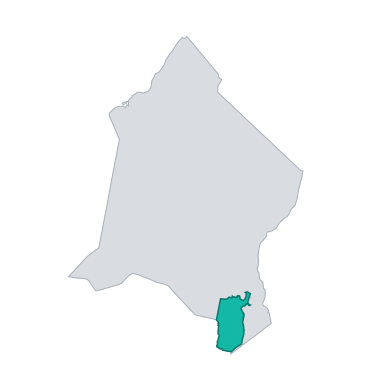 location of Turkana North, Rift Valley, Kenya, rotated 191°
{"feature_id": "3690345B58335120983870", "entity_name": "Turkana North", "entity_type": "district", "adm_level": 2, "iso_a3": "KEN", "parent_name": "Kenya", "parent_adm1": "Rift Valley", "projection": "robinson", "projection_center": [35.285, 4.376], "detail": "fine", "context": "in_parent", "style": "filled", "palette": "teal", "viewbox_px": 384, "rotation_deg": 191, "n_neighbors": 0, "source": "geoboundaries", "source_scale": "gbopen_adm2", "svg_char_len": 7081}
<svg xmlns="http://www.w3.org/2000/svg" viewBox="0 0 384 384"><g transform="rotate(191 192 192)"><path d="M87.1,233.8L87.0,228.7L87.7,215.8L87.6,204.4L88.2,198.7L90.6,195.1L91.8,192.5L92.6,188.9L93.9,185.9L96.8,183.5L97.4,182.1L100.5,178.1L102.3,172.9L103.8,171.1L105.5,169.5L106.8,168.6L108.8,167.7L110.4,167.2L110.7,166.8L110.8,166.0L110.3,162.8L111.0,161.7L112.1,159.6L113.3,157.5L114.4,156.3L115.1,155.0L115.4,152.7L115.4,151.1L115.4,148.4L115.0,142.5L113.7,137.5L112.9,131.9L113.5,130.0L112.5,126.8L112.0,126.6L111.1,125.9L110.0,122.8L109.2,120.0L108.7,119.2L105.2,116.8L103.4,111.0L101.5,109.7L100.4,103.9L100.2,102.2L101.3,96.5L101.2,95.2L100.0,93.9L96.7,92.7L94.0,90.3L94.4,89.5L94.6,88.6L93.2,88.0L89.1,78.2L94.4,72.3L99.7,66.2L106.5,58.7L112.8,51.7L118.2,45.7L123.0,40.3L122.9,41.3L122.9,42.7L123.5,43.5L124.5,44.1L125.9,43.5L127.1,42.6L128.3,42.5L135.6,44.7L136.8,46.6L136.7,48.7L137.0,50.3L136.5,51.8L135.9,56.4L136.0,60.7L138.2,63.8L140.2,66.3L141.7,69.7L142.9,70.8L144.4,71.3L149.4,71.5L156.8,71.7L163.9,71.9L164.6,72.0L166.1,72.5L172.6,77.2L178.6,81.4L183.7,85.2L188.6,88.8L193.4,92.3L197.1,95.2L200.8,96.1L206.7,96.5L210.8,96.7L214.7,97.9L220.3,99.0L224.5,99.6L227.1,100.3L234.2,100.9L235.3,100.6L238.4,97.3L241.9,92.1L243.3,89.2L247.8,86.3L255.7,82.3L261.3,79.4L267.5,76.6L270.4,79.1L274.3,83.0L276.0,85.0L277.4,85.8L279.5,86.4L282.1,86.4L283.5,86.3L286.4,85.8L293.1,85.4L297.0,85.4L293.7,90.7L289.9,96.9L282.7,108.5L277.3,114.6L273.2,119.2L272.8,120.1L272.9,125.2L272.9,137.7L273.0,162.9L273.2,188.0L273.3,213.1L273.3,225.6L273.3,229.8L276.9,235.1L280.4,240.3L285.1,247.1L287.6,250.8L288.0,252.0L287.8,254.4L284.0,259.5L280.8,261.9L276.6,263.0L275.4,262.8L273.7,262.0L273.0,263.3L272.5,265.2L271.6,264.8L270.9,264.2L271.3,267.6L271.8,269.3L271.1,271.5L269.1,273.5L268.9,275.2L264.4,279.6L258.1,280.1L254.8,282.2L253.3,284.0L252.2,287.9L252.6,293.9L250.8,298.5L250.5,300.8L247.2,303.7L245.8,306.5L244.7,309.3L243.8,310.5L242.7,316.7L241.2,320.5L240.8,321.8L240.4,322.9L239.2,325.1L238.4,326.6L237.9,327.6L234.0,337.3L231.0,341.7L228.7,341.2L227.1,342.9L227.0,343.7L226.1,343.3L224.2,341.7L220.1,338.4L216.1,335.1L212.1,331.8L208.0,328.5L204.0,325.2L200.0,321.9L195.9,318.6L191.9,315.3L189.5,313.4L188.5,312.3L187.7,310.0L187.3,309.4L186.2,308.7L184.9,308.5L184.6,308.1L184.6,307.0L185.0,305.4L186.5,302.4L186.7,300.6L186.4,298.6L185.9,295.4L185.5,294.7L182.8,293.0L177.2,289.4L171.6,285.9L166.0,282.3L160.4,278.8L154.8,275.2L149.2,271.7L143.6,268.1L138.0,264.6L132.4,261.0L126.8,257.5L121.2,254.0L115.6,250.4L110.0,246.9L104.4,243.3L98.7,239.8L93.1,236.2L91.0,234.9L89.1,233.8L87.1,233.8ZM273.7,268.2L272.7,268.5L273.2,266.8L276.1,264.6L277.2,265.1L277.5,265.6L277.4,266.0L276.9,266.5L273.7,268.2Z" fill="#d9dde1" stroke="#a8b0b8" stroke-width="1"/><path d="M127.5,98.9L127.3,98.6L127.2,98.5L127.2,98.1L127.3,97.9L127.4,97.7L127.5,97.6L127.9,97.7L128.1,97.6L128.3,97.6L128.5,97.4L128.6,97.2L129.1,96.8L129.5,96.8L129.9,96.7L130.3,96.9L130.3,96.7L130.6,96.7L130.8,96.7L131.0,96.7L131.3,96.8L131.6,96.7L131.8,97.1L132.1,97.1L132.4,97.2L132.5,97.3L132.5,96.8L132.6,96.6L132.6,96.0L133.1,95.7L133.7,95.7L134.2,95.7L134.9,95.9L135.3,95.9L135.7,95.7L136.0,95.5L136.2,95.3L136.4,94.9L136.4,94.7L136.5,94.5L136.6,94.4L136.8,93.9L137.3,93.7L137.6,93.6L137.8,93.3L143.6,92.6L143.6,76.4L143.6,71.2L142.2,69.9L140.8,68.4L141.3,67.9L141.3,67.6L140.8,67.4L140.7,67.3L140.7,67.1L140.9,66.1L141.0,66.0L140.2,65.6L140.2,64.0L140.0,62.7L139.9,60.6L139.7,59.3L139.5,58.3L139.3,57.8L138.9,57.3L138.6,57.1L138.1,57.0L137.9,56.8L138.0,55.3L138.1,54.5L138.1,53.5L138.2,53.0L138.2,52.6L138.2,52.2L138.4,51.3L138.4,50.9L138.4,50.6L138.5,50.4L138.5,50.2L138.4,49.6L138.5,49.3L138.5,49.2L138.4,48.9L138.3,48.5L138.1,48.1L137.9,47.6L138.1,46.7L138.4,46.3L138.4,46.1L138.2,45.8L138.2,45.3L138.2,45.2L138.0,44.8L137.9,44.7L137.7,44.6L137.4,44.8L137.1,44.7L136.9,44.6L136.7,44.6L136.5,44.4L136.3,44.3L136.0,44.3L136.0,44.2L135.8,43.9L135.5,43.8L135.3,43.9L135.2,43.9L135.1,43.7L134.9,43.5L134.7,43.5L134.3,43.5L134.2,43.5L134.0,43.4L133.9,43.4L133.7,43.4L133.3,43.6L132.9,43.6L132.8,43.8L132.7,43.8L132.5,43.7L132.4,43.3L132.1,43.1L132.0,42.8L131.9,42.6L123.0,42.6L119.3,47.7L114.4,52.3L114.4,58.8L114.3,59.2L114.3,59.5L114.1,60.0L114.2,60.5L114.1,60.8L114.1,61.3L114.1,61.7L114.2,62.6L114.2,63.2L114.2,63.6L114.4,64.2L114.4,64.4L114.5,64.7L114.5,65.0L114.5,65.3L114.4,65.7L114.5,65.9L114.7,66.0L114.8,66.1L114.8,66.3L114.8,66.5L114.7,66.5L114.7,66.8L114.6,67.0L115.0,67.6L115.1,67.8L115.3,67.9L115.4,68.0L115.4,68.4L115.4,68.7L115.4,69.0L115.5,69.2L115.5,69.5L115.6,69.8L115.8,70.2L115.9,70.4L115.9,70.6L116.0,70.6L116.2,70.9L116.4,71.2L116.3,71.5L116.5,71.8L116.4,71.9L116.4,72.0L116.5,72.1L116.8,72.4L116.9,72.5L117.0,72.7L117.1,72.8L117.3,73.0L117.5,73.4L117.5,73.6L117.4,73.6L117.4,73.9L117.5,74.1L117.4,74.3L117.5,74.4L117.5,74.6L117.5,74.8L117.4,75.1L117.4,75.4L117.4,75.6L117.4,75.8L117.4,76.0L117.4,76.3L117.4,76.6L117.5,76.6L117.4,76.8L117.5,76.9L117.5,77.0L117.6,77.3L117.5,77.5L117.4,77.7L117.5,77.8L117.4,77.9L117.4,78.0L117.5,78.1L117.6,78.4L117.4,78.6L117.5,78.8L117.4,79.1L117.5,79.2L117.4,79.7L117.5,79.7L117.4,79.9L117.4,80.1L117.5,80.3L117.4,80.4L117.3,80.5L117.4,80.8L117.4,81.0L117.5,81.2L117.5,81.3L117.6,81.5L117.7,81.8L117.8,81.7L117.9,81.8L118.0,82.1L118.3,82.3L118.4,82.6L118.4,82.8L118.6,82.9L118.6,83.1L118.7,83.3L118.8,83.4L118.9,83.5L119.0,83.5L119.3,83.8L119.7,84.2L119.8,84.3L120.0,84.4L120.1,84.6L120.2,84.8L120.4,85.0L120.5,85.2L120.6,85.3L120.7,85.5L120.8,85.5L120.9,86.0L121.5,86.5L121.6,86.9L121.6,87.1L121.6,87.5L121.5,87.9L121.2,88.2L121.0,88.5L120.7,89.2L120.3,89.7L120.1,89.8L119.8,89.9L119.6,90.0L119.4,90.0L119.0,89.9L118.8,89.9L118.7,90.0L118.4,90.5L118.2,90.8L118.1,91.2L118.0,91.4L118.0,91.6L117.9,91.7L117.7,91.7L117.7,91.8L117.4,91.9L117.3,92.0L117.2,92.3L117.0,92.7L116.8,92.8L116.8,92.7L116.7,92.9L116.4,92.8L116.2,92.9L115.8,92.7L115.6,92.5L115.4,92.1L115.2,92.0L115.0,91.9L114.9,91.9L114.6,91.6L114.4,91.6L114.2,91.5L113.8,91.5L113.4,91.9L113.2,92.1L113.5,92.1L113.8,92.3L114.0,92.3L114.5,92.4L114.8,92.6L115.1,93.0L115.3,93.1L115.4,93.3L115.5,93.4L115.7,93.6L115.8,93.7L115.9,93.9L116.0,94.1L116.1,94.4L116.2,94.7L116.2,95.0L116.3,95.1L116.2,95.4L116.0,97.0L115.9,98.8L115.8,99.0L115.7,99.4L115.4,99.8L115.5,99.9L115.6,101.0L115.4,102.2L115.3,103.2L115.3,103.3L115.9,103.5L116.3,103.6L116.6,103.8L116.9,103.8L117.1,103.9L118.6,104.5L118.8,104.4L119.1,104.4L119.2,104.2L119.3,104.2L119.6,103.9L119.8,103.9L120.0,103.8L120.2,103.7L120.4,103.6L120.1,103.5L119.9,103.3L119.7,103.1L119.5,102.7L119.4,102.5L119.3,102.2L119.2,101.9L119.1,101.3L119.1,100.2L119.0,99.7L119.1,99.3L119.2,99.1L119.2,98.9L119.3,98.6L119.3,98.0L119.4,97.6L119.5,97.2L119.9,96.5L120.1,96.4L120.3,96.0L120.5,95.7L120.6,95.4L120.8,95.1L121.6,95.3L122.6,95.5L122.8,95.7L123.3,96.0L123.5,96.0L124.1,96.0L124.3,96.1L124.5,96.3L124.6,96.7L124.7,97.0L124.8,97.2L124.9,98.0L125.3,98.7L125.4,98.8L125.5,99.0L125.7,98.9L125.9,98.9L126.2,98.8L126.3,98.8L126.4,99.0L126.5,99.0L126.5,98.9L126.8,99.0L127.1,99.0L127.5,98.9Z" fill="#14b8a6" stroke="#0f766e" stroke-width="1.5"/></g></svg>